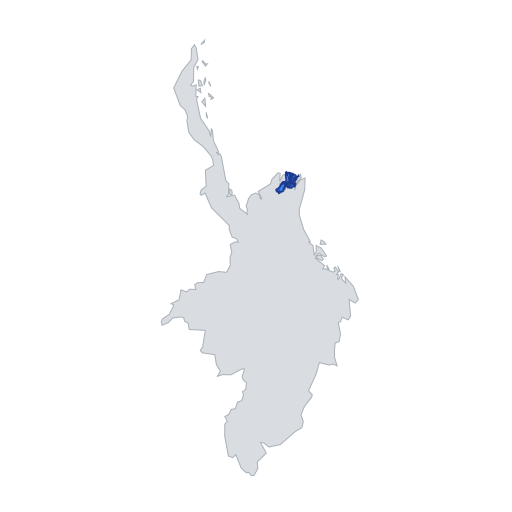 location of Labutta, Ayeyarwady, Myanmar, rotated 176°
{"feature_id": "60261553B3473904040713", "entity_name": "Labutta", "entity_type": "district", "adm_level": 2, "iso_a3": "MMR", "parent_name": "Myanmar", "parent_adm1": "Ayeyarwady", "projection": "albers", "projection_center": [95.041, 16.149], "detail": "fine", "context": "in_parent", "style": "filled", "palette": "blue", "viewbox_px": 512, "rotation_deg": 176, "n_neighbors": 0, "source": "geoboundaries", "source_scale": "gbopen_adm2", "svg_char_len": 9483}
<svg xmlns="http://www.w3.org/2000/svg" viewBox="0 0 512 512"><g transform="rotate(176 256 256)"><path d="M333.2,227.5L328.0,225.1L324.3,227.5L318.4,226.8L319.1,231.8L315.9,233.5L310.0,233.2L306.6,240.9L294.5,243.1L286.5,241.8L282.2,248.7L282.0,256.5L279.9,261.2L280.9,269.3L275.7,271.5L272.6,271.1L274.3,274.8L278.4,276.4L281.0,284.8L280.3,288.0L297.1,307.2L302.4,322.4L306.3,320.3L307.5,321.8L306.0,325.9L300.9,329.0L300.4,345.2L292.1,349.2L292.4,354.6L293.5,358.4L301.1,369.0L309.6,376.2L314.4,384.0L315.5,395.4L314.4,400.2L316.8,407.0L321.1,411.5L326.4,429.4L316.9,445.6L307.0,456.2L305.9,467.3L302.7,471.0L301.1,467.6L300.1,456.0L304.9,448.6L306.2,434.3L309.3,431.2L307.6,429.9L303.7,430.9L304.9,419.4L302.7,419.0L304.4,416.5L301.7,397.3L293.9,383.9L292.8,378.1L291.7,386.0L290.8,384.5L290.4,373.9L285.9,362.3L286.3,361.3L288.4,362.3L286.4,359.7L284.9,360.3L283.6,357.5L280.9,333.5L278.0,330.1L279.0,319.7L281.1,317.1L273.2,318.3L269.3,309.6L269.0,304.8L261.1,297.6L262.4,299.9L261.1,302.3L262.4,306.4L259.3,314.0L256.1,317.5L251.7,318.9L248.3,316.8L247.6,312.8L246.2,312.7L249.3,320.3L236.6,326.9L234.7,331.5L228.1,337.5L226.1,336.7L227.2,328.6L223.3,335.1L218.0,335.2L216.9,326.6L214.7,331.6L211.6,333.2L212.6,318.8L211.7,323.0L206.6,328.7L201.6,330.5L202.8,318.7L209.4,300.0L210.0,293.8L206.5,278.8L200.7,266.3L202.4,266.1L198.5,262.5L197.9,253.2L195.6,256.5L195.3,262.3L190.3,259.3L185.6,251.1L187.5,250.4L193.0,254.3L196.1,252.2L196.9,249.5L188.3,241.6L190.5,238.4L187.7,238.4L180.3,234.6L178.2,235.2L179.2,238.6L177.6,239.5L174.8,234.4L176.9,231.9L175.1,231.8L176.3,227.3L175.6,226.6L172.2,232.6L170.1,231.1L172.4,228.1L171.5,226.4L168.4,222.8L168.7,229.1L161.1,219.1L156.9,205.5L160.3,202.1L166.2,206.1L165.8,189.5L168.4,185.9L174.4,188.9L176.2,184.7L178.6,183.7L177.1,172.2L179.1,164.8L183.1,163.6L184.1,157.7L184.7,149.6L182.8,140.7L186.4,142.8L190.6,142.1L200.3,145.2L203.9,134.8L213.0,117.8L209.6,113.9L210.2,111.5L218.1,102.6L222.2,94.6L220.4,87.5L222.1,81.7L229.3,78.0L244.9,66.2L256.5,64.5L261.3,69.1L264.5,69.5L259.5,58.6L269.2,50.4L268.9,43.9L273.4,37.1L276.0,37.3L278.4,40.6L280.9,40.5L285.5,45.4L290.0,59.1L293.2,56.5L297.5,58.4L299.8,78.7L298.8,90.5L296.2,93.3L298.3,98.1L294.2,99.9L291.5,104.7L287.3,105.1L284.6,111.6L280.4,112.6L278.2,117.8L278.8,121.6L275.5,123.8L274.4,130.5L277.4,133.1L278.3,136.6L275.3,144.1L278.0,144.3L289.4,139.2L297.5,140.0L302.9,138.7L299.6,143.8L303.1,150.4L304.0,160.5L316.2,163.1L318.2,165.7L315.6,168.9L311.7,185.4L327.7,187.3L328.4,193.7L331.8,195.9L332.4,199.4L334.6,200.5L343.2,200.0L348.2,195.6L354.6,193.5L355.1,197.1L353.7,199.8L346.7,203.7L342.0,211.4L341.7,213.0L344.0,214.4L335.8,217.7L333.2,227.5ZM190.6,246.7L195.7,249.8L194.7,252.1L191.5,252.2L189.0,248.2L190.6,246.7ZM295.8,408.8L299.3,413.6L296.0,416.9L295.8,408.8ZM189.9,267.4L187.2,265.6L185.4,263.0L191.2,263.1L189.9,267.4ZM301.1,429.4L301.3,435.6L299.1,435.0L297.6,429.7L301.1,429.4ZM209.4,330.5L205.9,334.5L205.4,331.0L210.2,326.1L209.4,330.5ZM277.7,324.6L275.6,323.4L275.3,319.7L276.9,318.6L278.3,320.4L277.7,324.6ZM294.2,437.2L293.7,435.1L295.9,430.0L295.6,434.4L294.2,437.2ZM293.1,448.9L296.1,453.6L295.6,454.6L292.8,450.9L291.1,451.2L293.1,448.9ZM303.0,425.8L299.9,427.2L299.6,422.8L303.0,425.8ZM296.3,470.8L292.3,474.9L292.8,472.6L296.3,470.8ZM173.9,235.1L175.2,240.2L172.9,234.1L173.9,235.1ZM295.7,398.9L295.7,402.8L294.5,396.5L295.7,398.9ZM185.7,238.8L186.1,242.1L183.9,237.4L185.7,238.8ZM292.0,421.4L289.6,419.5L290.4,418.1L291.6,418.3L292.0,421.4ZM290.2,415.7L288.8,418.4L287.3,416.8L288.5,415.7L290.2,415.7ZM290.8,431.2L290.9,433.5L289.1,428.3L290.8,431.2ZM214.8,335.2L213.2,335.1L215.4,332.5L215.6,333.5L214.8,335.2ZM301.8,449.2L300.3,448.8L301.4,446.3L301.8,449.2Z" fill="#d9dde1" stroke="#a8b0b8" stroke-width="1"/><path d="M225.6,326.6L225.8,326.0L225.7,325.4L226.2,325.5L226.5,325.4L226.4,325.7L226.6,325.7L226.4,325.1L226.6,324.9L226.6,324.7L226.9,324.5L226.7,324.3L226.4,324.3L226.6,324.2L226.8,324.0L226.7,323.7L226.9,323.4L227.1,323.5L227.4,323.4L227.4,323.5L227.6,323.4L227.7,323.1L227.8,323.1L228.0,322.4L228.3,322.4L228.7,322.5L228.9,321.8L229.3,321.7L229.5,321.3L229.8,321.5L230.0,321.5L230.3,321.5L230.4,321.4L230.7,321.0L231.0,321.1L231.2,320.5L231.4,320.4L231.4,320.2L231.2,320.1L231.1,319.6L230.6,320.2L230.1,320.3L230.2,320.0L230.1,319.7L230.1,319.4L229.7,318.7L229.9,318.4L229.3,318.1L229.1,317.5L228.9,317.6L228.8,317.9L228.5,318.1L228.1,318.8L228.0,318.1L228.4,317.7L228.6,317.0L227.7,317.3L227.7,318.0L227.4,318.2L227.0,318.2L226.8,318.5L226.3,318.6L226.5,318.4L226.0,318.5L225.9,318.2L225.3,318.5L225.0,318.4L224.6,318.8L224.0,319.1L223.6,320.4L224.1,320.4L224.2,320.5L223.6,321.0L223.1,321.0L223.5,321.5L223.6,321.9L223.5,322.0L223.1,321.8L222.5,321.8L222.4,322.0L222.4,322.4L222.0,322.7L221.9,323.0L222.0,323.2L222.6,323.9L222.4,324.6L222.7,325.2L222.6,325.5L222.1,325.8L222.5,326.9L222.5,327.2L222.3,327.6L222.2,328.0L223.1,327.9L222.8,327.8L222.6,327.6L223.0,327.5L222.7,327.6L223.1,327.7L223.4,327.4L223.4,327.0L223.9,326.7L223.8,326.9L223.5,327.1L223.3,328.0L223.7,328.2L225.2,327.2L225.4,326.6L225.6,326.6ZM221.8,328.2L222.3,326.9L221.9,326.3L221.9,325.9L222.1,325.6L222.6,325.2L222.3,324.8L222.2,324.6L222.5,323.9L222.0,323.8L222.0,323.4L221.9,323.4L221.8,323.5L222.0,323.9L221.7,324.0L221.4,324.7L221.2,324.8L221.1,325.0L220.9,325.2L220.7,325.6L220.5,325.8L220.4,326.5L219.6,327.0L219.8,327.6L219.6,327.7L218.4,327.6L218.2,327.6L217.7,328.9L217.6,329.0L217.0,329.0L217.4,330.0L217.4,330.3L216.8,330.9L216.2,330.9L215.2,332.1L215.2,332.3L215.3,332.6L215.6,332.4L215.4,332.6L215.4,332.8L215.8,333.5L215.9,334.0L215.6,334.5L215.8,334.9L216.4,335.0L216.4,334.1L216.1,333.8L216.1,333.3L217.2,332.5L217.9,332.3L218.0,332.0L218.1,332.4L217.2,332.7L216.3,333.5L216.6,334.0L216.8,334.9L216.5,335.3L215.9,335.4L215.6,335.6L215.6,336.1L215.8,336.6L216.1,336.7L217.1,336.8L217.5,336.6L217.6,337.0L218.1,337.0L218.4,336.9L219.0,336.5L218.8,336.0L218.9,335.4L218.8,334.7L219.0,334.4L219.4,334.6L219.8,334.5L220.1,334.6L220.2,334.8L220.4,334.6L220.8,331.7L220.5,330.4L220.5,329.8L220.9,329.0L221.8,328.2ZM218.0,323.1L218.4,322.5L218.4,321.9L217.8,321.6L217.8,321.9L217.6,321.8L217.4,321.9L217.1,322.0L216.8,321.7L216.4,321.8L216.2,321.6L216.1,321.9L215.8,321.9L215.7,321.9L215.6,321.6L215.4,321.6L215.4,322.0L215.0,322.4L214.6,322.4L214.3,322.6L214.2,323.0L214.3,323.1L213.7,323.3L213.1,323.0L212.9,322.8L213.1,322.5L212.5,322.4L212.2,322.7L212.1,323.7L211.6,324.5L211.5,325.0L211.7,324.9L212.1,325.0L212.1,324.8L212.4,325.1L212.5,324.9L212.5,324.7L212.7,324.8L212.4,325.1L212.2,324.8L212.1,325.0L211.8,324.9L211.5,325.0L211.9,325.8L212.6,325.8L212.9,325.9L213.0,325.5L213.6,325.5L213.6,325.0L213.3,324.9L213.2,324.8L213.8,324.1L213.7,324.4L213.3,324.8L213.4,325.0L213.7,325.0L213.8,325.4L213.6,325.6L213.1,325.6L213.0,326.0L212.9,326.0L212.5,325.9L212.0,326.1L212.1,326.4L211.9,327.3L211.9,327.9L211.4,329.1L210.8,330.0L210.0,330.9L209.9,331.2L209.1,331.8L209.1,332.2L209.7,332.5L210.0,332.2L211.0,331.8L212.2,331.0L212.1,330.7L212.3,330.6L212.2,330.3L212.4,330.1L212.7,329.8L212.9,329.2L213.6,328.7L213.6,327.8L214.2,327.4L214.7,326.0L215.0,325.8L215.5,325.7L215.5,325.2L215.8,325.1L216.2,325.0L216.5,324.3L217.2,324.0L217.4,323.8L217.5,323.4L218.0,323.1ZM220.3,323.1L220.2,322.8L219.6,322.6L219.6,322.2L219.3,322.0L219.3,321.9L219.2,321.9L219.1,322.1L218.9,322.0L218.7,322.2L218.7,322.3L218.8,322.6L218.7,322.7L218.9,323.1L218.7,323.1L218.8,323.4L218.6,323.4L218.6,323.2L218.3,323.1L217.7,323.3L217.5,323.9L216.5,324.3L216.4,324.7L216.4,325.0L216.0,325.2L216.2,325.7L216.0,325.2L215.8,325.2L215.5,325.8L215.3,326.0L214.9,326.0L214.3,327.6L213.8,327.9L213.9,328.4L214.4,328.5L214.0,328.5L213.6,329.0L213.3,329.2L213.1,329.7L213.1,330.2L213.0,330.6L211.8,331.9L210.3,332.6L210.3,333.0L211.2,334.2L212.0,334.6L212.9,334.4L214.0,332.5L214.9,331.6L214.7,331.2L215.5,329.7L215.5,329.3L215.8,329.2L215.6,328.2L216.2,326.6L217.0,326.1L218.1,325.9L219.4,324.7L220.0,323.4L220.2,323.0L220.3,323.1ZM221.8,323.4L221.4,323.4L221.5,323.6L221.4,323.9L220.7,324.5L220.5,324.2L220.4,323.9L220.6,323.9L220.3,323.4L220.1,323.6L219.8,324.6L218.5,326.1L218.1,326.3L216.6,326.5L216.0,328.1L216.4,329.5L216.5,330.6L216.7,330.8L217.3,330.1L216.9,329.5L216.9,329.1L217.0,328.8L217.6,328.8L218.1,327.5L219.6,327.5L219.5,327.0L220.3,326.4L220.4,325.6L220.7,325.5L221.1,324.7L221.4,324.6L221.7,324.0L221.9,323.9L221.7,323.6L221.8,323.4ZM215.2,334.7L215.7,334.0L215.4,333.5L215.0,332.3L214.7,332.5L214.1,333.6L214.1,334.1L213.5,334.8L213.3,334.8L213.2,334.7L213.1,335.0L213.4,335.7L213.5,335.7L214.9,335.9L215.0,335.8L215.0,335.3L215.2,334.7ZM219.4,334.6L219.0,334.4L218.9,334.7L219.0,335.6L218.9,336.1L219.2,336.2L220.0,335.7L220.2,334.9L220.1,334.6L219.8,334.5L219.4,334.6ZM215.0,331.4L215.9,330.7L216.0,330.3L216.0,329.7L215.8,329.4L215.6,329.3L215.5,329.7L214.7,331.1L215.0,331.4ZM220.2,337.8L220.7,337.2L220.6,336.9L220.3,336.9L219.8,337.4L220.1,337.8L220.4,337.8L220.2,337.8ZM212.3,330.9L212.8,330.4L212.9,330.2L212.7,329.8L212.3,330.4L212.3,330.6L212.2,330.7L212.3,330.9ZM210.5,329.9L211.1,329.0L211.3,328.6L210.4,329.8L210.5,329.9ZM220.7,335.3L220.8,335.0L220.8,334.7L220.5,335.2L220.7,335.3ZM215.7,333.7L215.7,333.3L215.4,333.1L215.5,333.4L215.7,333.7ZM208.1,332.5L207.9,332.6L208.1,333.1L208.3,332.6L208.1,332.8L208.0,332.7L208.1,332.5ZM212.0,323.8L212.0,323.7L212.1,323.4L211.9,323.7L212.0,323.8ZM211.7,327.8L211.6,328.0L211.7,327.8ZM211.5,324.5L211.7,324.2L211.5,324.5L211.5,324.5Z" fill="#3b82f6" stroke="#1e3a8a" stroke-width="1.5"/></g></svg>